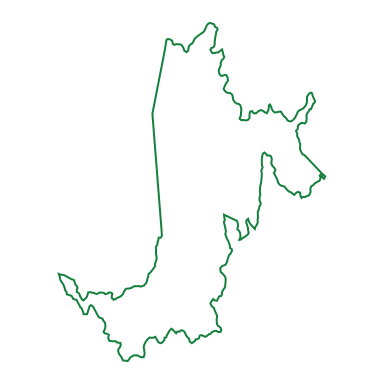 outline of Macarani, Bahia, Brazil
{"feature_id": "56859067B98841260040337", "entity_name": "Macarani", "entity_type": "district", "adm_level": 2, "iso_a3": "BRA", "parent_name": "Brazil", "parent_adm1": "Bahia", "projection": "equal_earth", "projection_center": [-40.385, -15.539], "detail": "fine", "context": "isolated", "style": "outline", "palette": "green", "viewbox_px": 384, "rotation_deg": 0, "n_neighbors": 0, "source": "geoboundaries", "source_scale": "gbopen_adm2", "svg_char_len": 5995}
<svg xmlns="http://www.w3.org/2000/svg" viewBox="0 0 384 384"><path d="M58.8,273.9L59.7,276.8L60.3,279.7L61.8,282.4L63.3,284.3L64.6,287.8L65.2,290.3L66.4,291.5L66.8,294.3L71.6,295.9L73.4,299.1L76.5,299.8L77.7,302.3L79.6,305.5L80.3,307.4L81.6,308.3L83.1,311.9L83.6,314.2L87.1,314.2L89.5,306.4L91.0,305.1L93.0,306.5L98.7,317.2L102.6,318.8L103.4,320.7L104.9,322.5L105.4,324.9L105.3,327.9L103.6,332.0L105.1,333.5L107.3,333.8L108.9,334.9L108.2,337.6L109.0,340.6L112.8,341.3L115.8,341.2L117.0,342.5L120.4,342.9L120.7,345.3L119.7,347.6L118.4,349.2L118.1,351.0L119.1,354.0L121.3,356.9L122.9,360.4L127.7,361.0L128.8,359.7L130.3,357.4L133.4,355.4L137.6,355.4L140.9,357.2L143.6,357.2L144.5,354.7L144.6,352.8L143.7,347.0L144.4,344.4L146.0,341.3L148.0,338.8L149.8,337.5L152.4,337.9L155.3,336.8L158.3,342.2L160.3,343.2L161.8,342.8L164.3,340.3L164.5,337.8L166.1,337.4L167.0,335.1L169.7,330.4L171.4,328.7L172.9,329.8L176.1,333.3L177.3,331.6L179.7,331.6L180.7,330.4L182.3,330.3L184.3,331.6L186.1,335.3L187.6,337.3L189.0,338.6L189.7,341.6L191.9,343.2L193.4,342.0L194.9,341.2L195.6,339.3L197.1,339.3L198.9,338.2L199.8,335.6L201.7,335.1L203.3,336.0L205.4,336.8L207.3,335.7L209.0,334.2L210.6,333.8L211.8,332.3L214.2,331.0L216.1,330.8L218.3,332.0L220.5,331.9L221.3,330.0L220.6,327.8L219.4,326.7L218.1,326.0L217.0,324.2L216.7,321.5L216.7,319.1L217.1,316.0L215.9,313.0L214.8,310.7L213.9,307.9L212.5,307.0L211.4,305.6L210.4,303.5L211.1,301.8L213.2,299.0L214.7,300.4L217.0,300.7L218.3,298.0L219.3,296.2L221.1,296.0L221.9,294.5L222.0,292.6L222.9,290.2L224.6,288.0L225.3,285.2L225.7,279.9L225.5,277.7L224.7,276.2L223.3,274.4L220.6,271.8L220.2,268.3L221.7,266.4L223.1,265.7L225.4,264.8L226.6,262.8L227.3,260.7L228.1,257.9L229.2,254.9L230.6,253.6L232.0,250.9L231.7,249.0L230.1,248.1L229.7,244.9L228.9,242.8L228.1,240.7L226.8,238.4L226.2,236.5L225.3,234.4L225.9,231.7L225.2,227.2L224.5,224.6L223.9,222.1L224.8,219.8L224.2,216.9L224.0,214.7L237.0,220.9L237.8,223.5L238.1,225.6L237.3,229.2L239.3,231.1L240.1,233.0L240.4,235.6L240.2,237.9L239.3,239.8L241.0,239.5L242.6,238.0L244.6,237.0L246.2,235.7L247.6,234.8L248.7,233.0L248.2,230.6L247.9,227.8L247.0,224.7L246.2,222.3L246.6,220.2L248.1,218.8L249.0,221.6L250.3,224.0L254.8,229.0L255.3,227.0L256.7,225.1L257.7,222.5L257.6,219.7L258.1,217.2L257.8,214.4L257.8,211.7L259.0,209.1L259.4,206.4L260.4,205.1L260.7,202.8L259.5,200.3L259.6,197.0L260.4,194.2L259.9,191.8L260.1,187.0L261.2,182.0L261.4,178.9L261.8,176.4L261.8,173.9L261.3,170.4L262.6,167.6L262.0,165.4L261.8,162.9L261.8,158.5L262.2,156.1L262.8,153.8L264.4,152.5L265.9,153.7L267.1,155.5L269.4,155.4L270.8,156.2L271.7,158.2L271.7,160.1L271.3,163.3L272.3,165.8L274.0,167.5L275.4,169.8L274.8,171.6L273.8,173.0L275.1,175.0L275.7,176.7L276.8,178.6L277.5,180.4L278.2,182.9L279.7,184.7L281.7,185.9L283.6,186.3L285.1,187.2L286.3,189.0L288.7,191.4L290.9,192.3L294.2,194.9L295.5,193.5L297.6,191.9L300.1,192.6L300.5,196.1L301.5,197.9L302.8,197.0L305.1,196.9L309.1,195.2L309.8,193.7L310.6,191.9L310.3,189.1L311.2,186.3L313.2,185.2L314.5,183.6L317.6,181.6L319.2,181.0L320.1,179.7L320.5,177.5L319.8,175.5L320.9,174.2L322.5,174.1L304.4,155.0L302.7,154.4L301.6,152.7L300.7,151.1L300.0,148.8L300.2,143.8L299.4,141.8L299.0,139.5L297.9,137.8L297.1,135.8L297.3,133.7L296.0,130.9L297.7,129.0L297.8,127.0L298.4,124.8L299.7,124.2L301.4,122.8L305.0,123.5L306.3,121.5L306.7,119.0L306.4,115.8L307.2,113.2L308.5,111.7L309.6,109.3L311.0,109.2L313.1,104.0L314.6,102.7L315.0,100.9L313.4,97.5L312.6,95.5L312.0,93.2L310.5,92.6L308.8,93.9L307.1,96.6L307.0,100.2L306.9,102.4L305.8,105.3L303.8,107.8L302.4,109.0L300.3,109.9L298.1,111.3L295.8,116.3L294.7,118.2L293.1,119.9L291.5,121.1L290.0,121.4L288.7,121.1L287.3,120.2L286.1,117.9L284.2,116.6L283.1,115.1L281.8,113.1L281.0,111.6L278.9,111.7L276.8,112.3L274.6,112.4L273.0,111.1L272.0,109.4L271.1,106.6L269.9,104.5L268.8,105.5L268.8,107.6L268.3,110.3L266.8,113.2L264.7,112.2L263.0,110.9L261.0,110.0L258.5,111.1L256.6,112.9L254.7,113.5L253.0,112.6L252.0,111.1L250.3,111.5L249.6,113.3L249.5,115.3L249.5,118.1L247.8,120.0L245.7,120.4L243.5,120.0L241.3,120.1L239.6,118.7L240.3,116.8L241.0,115.1L241.0,112.2L241.4,109.9L240.9,107.4L240.3,105.2L239.0,104.1L236.6,103.5L234.7,102.0L233.1,99.5L232.8,97.2L232.3,94.8L230.4,93.2L226.8,92.6L225.0,91.1L223.6,88.9L224.6,86.5L226.0,83.4L228.0,80.6L227.6,77.6L226.6,75.4L224.8,74.8L222.6,75.8L220.7,75.7L219.3,73.6L218.8,70.9L219.1,69.1L220.1,66.9L220.7,65.3L220.6,63.3L221.6,60.5L223.4,58.7L224.3,56.9L223.4,55.2L222.9,52.6L222.0,49.4L218.2,52.4L216.5,52.5L214.5,53.0L212.4,53.1L211.4,51.8L210.4,49.6L211.2,48.0L212.8,47.6L214.0,46.7L214.7,44.5L214.7,41.8L215.0,39.0L215.3,36.8L215.9,34.5L216.3,31.5L217.6,29.5L217.0,27.8L215.2,27.1L214.2,24.4L212.5,23.8L210.7,23.0L208.6,23.4L207.0,25.1L206.0,27.1L205.4,28.8L204.5,30.6L203.4,32.1L199.0,35.1L195.9,37.5L194.5,39.1L193.5,41.3L192.3,43.4L190.6,44.3L188.8,46.4L188.4,49.4L187.9,51.1L186.3,52.1L184.3,50.5L182.9,46.8L181.4,44.8L179.8,44.3L178.1,44.3L176.3,44.1L174.2,44.9L172.8,43.8L172.1,40.7L170.1,39.4L167.8,39.0L166.4,40.1L164.9,49.7L152.4,113.7L159.5,204.3L161.4,228.0L161.9,235.6L160.7,237.7L158.7,237.7L158.2,240.5L157.5,242.5L157.4,244.4L156.1,246.6L156.0,254.1L156.5,256.5L156.6,259.4L155.2,263.3L154.9,266.5L153.5,268.4L152.4,270.0L150.6,272.2L148.5,274.1L148.2,276.7L147.5,278.5L147.0,280.8L146.0,283.3L143.9,285.6L141.5,286.4L140.2,286.6L138.6,285.9L136.8,286.3L134.3,286.1L131.8,287.7L128.6,288.6L127.0,288.6L125.6,289.1L123.9,291.7L123.0,294.0L120.8,296.3L117.5,297.8L115.6,299.0L113.7,299.8L111.7,297.9L111.8,296.0L112.4,293.7L110.9,292.6L109.0,292.5L107.2,293.7L105.3,294.2L104.0,292.9L101.9,292.6L99.5,292.5L97.3,293.9L95.3,293.6L92.9,292.7L90.0,292.2L88.2,292.4L87.5,295.0L86.5,297.4L83.4,300.4L82.1,299.7L81.2,297.9L80.1,296.4L79.4,293.9L78.2,292.7L76.9,292.1L76.7,289.8L77.6,287.7L76.6,285.8L75.4,284.6L74.7,282.7L74.2,280.3L72.8,279.5L71.4,279.2L64.5,275.3L62.4,274.8L60.6,274.6L58.8,273.9ZM322.5,174.1L322.1,177.0L323.9,178.8L325.2,176.4L322.5,174.1Z" fill="none" stroke="#15803d" stroke-width="2"/></svg>